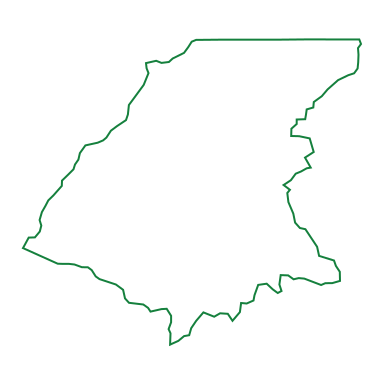 the district of Rolante, Rio Grande do Sul, Brazil
{"feature_id": "56859067B79381959059514", "entity_name": "Rolante", "entity_type": "district", "adm_level": 2, "iso_a3": "BRA", "parent_name": "Brazil", "parent_adm1": "Rio Grande do Sul", "projection": "albers", "projection_center": [-50.543, -29.636], "detail": "fine", "context": "isolated", "style": "outline", "palette": "green", "viewbox_px": 384, "rotation_deg": 0, "n_neighbors": 0, "source": "geoboundaries", "source_scale": "gbopen_adm2", "svg_char_len": 1760}
<svg xmlns="http://www.w3.org/2000/svg" viewBox="0 0 384 384"><path d="M359.3,39.5L307.8,39.4L274.3,39.7L252.1,39.7L230.6,39.7L218.2,39.7L196.1,39.9L191.7,41.7L188.2,47.2L184.0,52.9L172.7,58.5L168.9,62.0L161.5,62.9L156.2,60.8L146.0,63.1L146.6,68.3L148.5,73.1L143.7,84.9L133.2,99.2L128.9,105.0L127.9,114.5L126.0,120.1L116.9,126.2L110.9,130.7L106.4,137.6L103.1,140.4L97.7,142.7L85.4,145.4L79.9,153.1L78.4,159.6L75.0,164.5L73.5,169.3L68.0,174.8L62.0,180.6L61.8,185.9L53.5,195.3L48.3,200.4L45.5,205.8L41.9,212.1L39.6,220.0L41.3,225.6L39.8,231.5L34.9,237.4L28.7,237.6L25.4,243.7L23.0,248.1L57.7,263.7L63.4,263.9L69.2,263.9L74.5,264.5L81.9,267.2L87.9,267.3L91.7,270.1L95.7,276.4L99.5,279.1L115.9,284.5L123.1,289.8L125.0,298.4L129.0,302.8L143.3,304.5L148.1,307.9L150.5,311.6L161.5,309.1L166.7,308.8L171.1,315.8L171.1,322.3L168.6,329.1L170.5,333.3L170.1,344.6L178.3,340.9L184.1,336.1L189.2,335.2L191.2,328.2L196.2,320.8L203.4,312.4L214.2,316.7L220.1,313.3L227.8,313.8L232.5,320.8L239.9,312.1L241.1,303.0L246.7,303.5L253.5,300.5L254.5,295.2L258.2,284.9L266.7,283.7L272.7,289.3L277.7,293.0L281.5,291.0L279.4,284.5L280.7,275.1L288.2,275.4L293.6,279.3L298.7,278.1L304.3,278.6L321.1,285.0L325.3,283.2L332.3,283.1L340.0,280.9L339.8,271.8L335.9,265.9L334.0,260.5L319.1,255.9L317.1,246.8L305.4,229.2L299.9,228.0L295.1,222.6L293.3,213.6L288.4,202.1L287.3,193.0L289.9,189.8L283.6,185.0L290.9,180.2L295.7,173.7L301.0,171.5L306.7,168.3L310.7,167.6L305.0,157.6L313.7,152.0L309.7,138.4L299.2,136.2L291.2,136.0L291.4,128.7L296.7,124.0L296.7,119.5L305.2,119.2L306.0,114.5L306.7,109.4L313.3,107.5L313.8,102.0L321.8,96.2L327.6,89.4L338.1,80.1L348.3,75.2L354.1,73.3L357.6,68.5L358.2,62.4L358.5,54.7L358.0,48.1L361.0,44.0L359.3,39.5Z" fill="none" stroke="#15803d" stroke-width="2"/></svg>